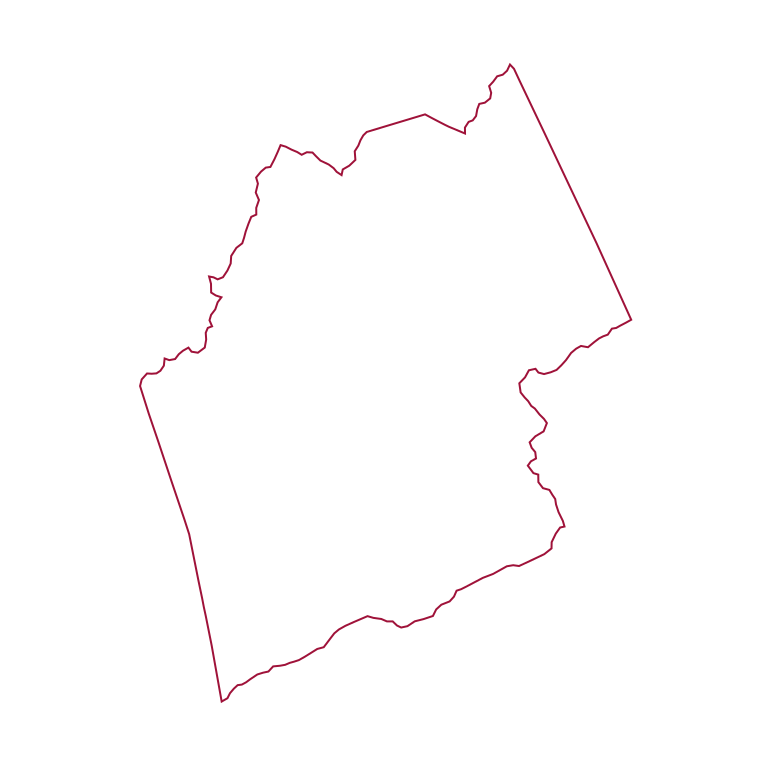 outline of Cantagalo, Rio de Janeiro, Brazil, rotated 183°
{"feature_id": "56859067B51854639642219", "entity_name": "Cantagalo", "entity_type": "district", "adm_level": 2, "iso_a3": "BRA", "parent_name": "Brazil", "parent_adm1": "Rio de Janeiro", "projection": "equal_earth", "projection_center": [-42.336, -21.867], "detail": "fine", "context": "isolated", "style": "outline", "palette": "rose", "viewbox_px": 768, "rotation_deg": 183, "n_neighbors": 0, "source": "geoboundaries", "source_scale": "gbopen_adm2", "svg_char_len": 2744}
<svg xmlns="http://www.w3.org/2000/svg" viewBox="0 0 768 768"><g transform="rotate(183 384 384)"><path d="M208.1,228.6L208.3,234.8L204.6,243.6L200.6,249.9L196.3,251.1L198.2,256.6L203.0,265.2L205.9,272.7L207.0,278.1L210.2,282.3L213.3,286.9L219.8,288.3L224.7,294.1L225.2,301.6L230.1,302.8L236.1,310.0L233.2,314.5L228.3,317.6L229.4,323.9L233.2,328.0L235.5,333.4L230.1,339.7L222.1,345.1L219.3,353.5L222.4,357.5L227.1,361.7L232.1,367.4L235.8,369.8L239.1,374.4L242.8,377.9L247.1,382.7L248.9,391.8L243.5,398.0L240.0,405.3L233.5,407.1L230.4,403.5L224.7,402.3L218.2,404.4L212.4,407.1L207.7,412.2L203.5,417.4L198.8,424.8L194.0,429.3L189.3,432.3L182.2,431.4L176.2,436.9L171.6,440.8L167.6,443.1L163.1,445.0L159.3,451.2L155.1,452.1L151.2,454.6L145.6,457.9L140.5,461.1L179.1,535.7L208.2,589.7L236.7,642.7L264.2,693.4L270.7,705.6L274.9,709.6L277.5,703.3L281.6,699.1L287.1,697.2L290.8,691.6L294.6,687.0L292.2,680.4L292.9,674.8L298.0,670.2L303.5,668.7L305.2,663.3L306.1,656.4L309.2,651.9L313.2,650.2L316.6,644.3L316.2,638.4L332.7,644.3L336.7,646.0L343.8,649.2L349.7,651.9L357.1,655.4L414.4,634.8L417.7,631.2L420.3,626.1L422.1,620.7L425.4,614.9L424.3,606.3L430.1,600.2L436.4,596.1L437.3,590.4L442.4,593.4L445.6,596.9L450.7,600.3L459.2,603.8L463.7,607.8L467.5,611.4L473.2,611.4L478.2,608.6L482.8,611.1L488.6,613.2L494.6,615.9L499.8,617.1L502.2,610.4L505.2,602.7L508.8,594.8L513.4,593.9L517.9,589.7L522.5,583.5L520.4,577.5L522.1,568.5L518.5,561.2L520.8,553.2L520.4,546.5L525.3,544.0L527.7,537.1L530.1,529.0L531.4,522.7L532.9,517.1L538.5,512.3L543.3,503.9L543.4,496.3L546.3,489.1L550.4,482.2L555.6,479.8L559.8,481.6L564.3,482.2L562.0,475.0L561.4,466.3L556.6,463.6L550.9,462.1L554.4,456.9L556.4,449.7L560.3,444.0L561.6,438.5L558.7,432.6L562.9,430.8L564.7,425.8L563.9,419.1L564.9,411.0L571.5,405.5L577.9,406.2L581.2,410.1L586.5,406.7L590.5,403.0L593.9,398.0L599.7,396.6L604.4,398.0L604.8,390.8L608.0,385.5L611.8,382.7L616.5,382.1L621.2,382.1L626.2,375.9L627.5,369.2L617.4,342.2L606.2,314.2L591.1,275.7L576.2,238.2L570.7,223.8L559.1,178.3L554.3,160.1L552.3,152.0L549.8,142.8L542.4,113.8L529.5,58.4L523.9,62.0L521.6,67.2L518.0,71.9L514.4,75.6L510.2,76.4L506.1,78.9L502.1,82.2L495.3,87.3L489.6,89.4L484.4,90.8L479.9,96.2L473.1,97.2L468.0,98.4L463.5,100.6L459.3,102.0L454.6,103.8L448.8,107.5L436.8,115.9L430.4,118.0L423.9,127.6L420.6,132.4L416.2,136.5L409.9,140.5L401.7,144.7L388.3,151.3L382.4,149.9L374.4,149.2L368.7,147.1L362.9,147.4L358.4,143.5L354.1,141.7L347.9,143.4L340.9,148.6L332.2,151.3L323.0,154.9L320.1,161.6L315.2,166.6L307.1,170.3L303.0,175.3L300.7,181.4L296.3,183.1L291.9,185.6L275.1,195.6L269.9,197.9L265.2,200.0L258.5,204.2L251.8,208.4L245.5,209.8L239.6,209.3L224.2,217.5L215.0,222.5L208.1,228.6Z" fill="none" stroke="#9f1239" stroke-width="2"/></g></svg>